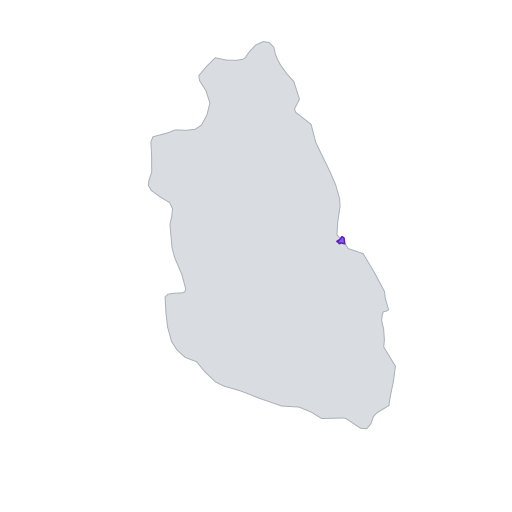 Shompangkha, Geylegphug, Bhutan (highlighted), rotated 250°
{"feature_id": "84629894B15779326704479", "entity_name": "Shompangkha", "entity_type": "district", "adm_level": 2, "iso_a3": "BTN", "parent_name": "Bhutan", "parent_adm1": "Geylegphug", "projection": "mercator", "projection_center": [90.287, 26.878], "detail": "fine", "context": "in_parent", "style": "filled", "palette": "violet", "viewbox_px": 512, "rotation_deg": 250, "n_neighbors": 0, "source": "geoboundaries", "source_scale": "gbopen_adm2", "svg_char_len": 2452}
<svg xmlns="http://www.w3.org/2000/svg" viewBox="0 0 512 512"><g transform="rotate(250 256 256)"><path d="M402.2,222.1L401.4,225.2L398.0,233.3L395.9,242.2L397.7,249.5L405.3,258.1L415.5,265.0L428.4,265.5L440.3,262.9L445.1,264.0L451.6,275.5L456.2,285.5L449.9,295.8L446.5,304.8L445.3,311.2L446.1,313.9L449.9,319.1L454.4,327.9L455.0,336.0L452.2,341.4L446.0,344.1L439.5,343.3L434.1,343.4L427.3,344.3L416.7,347.3L406.9,351.2L388.5,350.5L381.1,342.5L377.6,342.4L360.8,352.8L342.5,351.0L309.2,354.4L295.3,355.2L281.0,354.1L273.8,351.9L260.4,344.6L248.2,339.3L235.8,344.2L231.5,345.1L221.5,357.5L200.0,361.6L178.5,364.6L172.2,363.0L160.1,362.2L159.6,359.3L160.0,356.5L157.2,354.3L152.3,351.9L143.9,351.0L133.1,347.9L126.8,344.9L104.8,349.3L92.0,342.7L77.4,333.7L70.0,329.8L67.3,315.8L64.8,311.3L59.0,306.5L55.8,301.0L58.4,295.3L72.9,284.6L74.1,282.1L80.8,262.1L90.1,254.8L99.3,244.8L106.3,228.7L119.7,212.2L134.5,195.3L144.6,181.5L151.3,175.0L165.2,168.1L176.8,164.1L184.9,154.8L194.6,149.7L204.5,147.4L219.3,148.6L233.2,151.9L248.5,156.5L250.2,160.2L248.9,166.8L246.7,173.5L246.7,176.9L249.0,178.7L263.9,180.0L282.2,179.0L292.5,179.9L315.3,186.0L322.0,190.4L329.0,193.7L335.8,193.1L344.4,186.0L353.5,180.0L359.2,179.0L363.2,180.9L370.5,186.7L385.6,192.1L399.0,196.2L403.3,200.0L401.8,216.6L402.2,222.1Z" fill="#d9dde1" stroke="#a8b0b8" stroke-width="1"/><path d="M242.1,337.1L241.9,337.1L241.7,337.1L241.4,337.2L241.3,337.3L241.3,337.5L241.2,337.6L241.1,337.8L241.0,338.0L240.9,338.3L240.7,338.3L240.4,338.4L240.1,338.4L239.8,338.5L239.7,338.6L239.5,338.4L239.4,338.3L239.2,338.4L239.2,338.5L239.1,338.8L239.1,339.0L239.0,339.3L239.0,339.5L239.1,339.8L239.3,339.9L239.3,340.2L239.3,340.3L239.3,340.5L239.2,340.6L239.0,340.8L238.9,340.9L238.9,341.0L238.6,341.4L238.5,341.5L238.4,341.6L238.2,341.8L238.1,342.0L237.9,342.2L237.9,342.3L237.9,342.5L237.8,342.8L237.8,343.0L237.7,343.2L237.5,343.3L237.4,343.3L237.3,343.5L237.2,343.6L237.4,343.7L238.5,343.9L240.7,344.4L242.7,344.9L244.5,343.8L244.6,343.7L244.6,343.4L244.7,343.2L244.6,342.9L244.4,342.6L244.2,342.4L244.0,342.2L243.9,342.2L243.8,341.9L243.7,341.9L243.6,341.7L243.4,341.5L243.3,341.4L243.2,341.3L243.2,341.2L243.1,340.9L242.9,340.6L243.0,340.4L242.9,340.2L242.8,339.9L242.7,339.8L242.7,339.6L242.6,339.4L242.4,339.3L242.4,339.2L242.4,338.9L242.4,338.7L242.5,338.5L242.5,338.4L242.5,338.2L242.5,337.9L242.4,337.7L242.2,337.4L242.1,337.1Z" fill="#8b5cf6" stroke="#5b21b6" stroke-width="1.5"/></g></svg>